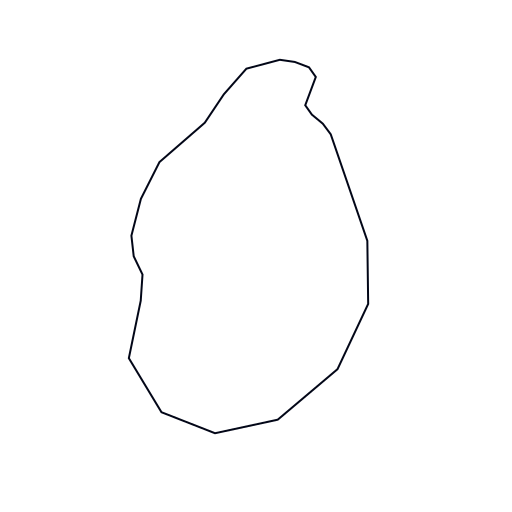 an SVG outline of Camiguin, rotated 218°
{"feature_id": "PHL-2590", "entity_name": "Camiguin", "entity_type": "Province", "adm_level": 1, "iso_a3": "PHL", "parent_name": "Philippines", "parent_adm1": "", "projection": "equal_earth", "projection_center": [124.749, 9.164], "detail": "fine", "context": "isolated", "style": "outline", "palette": "ink", "viewbox_px": 512, "rotation_deg": 218, "n_neighbors": 0, "source": "natural_earth", "source_scale": "10m", "svg_char_len": 463}
<svg xmlns="http://www.w3.org/2000/svg" viewBox="0 0 512 512"><g transform="rotate(218 256 256)"><path d="M352.2,180.5L366.7,195.3L381.9,230.2L389.9,270.6L378.4,329.5L380.9,363.6L378.9,397.7L358.0,425.3L344.9,432.8L330.4,437.3L319.1,433.9L310.0,405.1L299.0,401.8L284.8,401.4L272.0,397.9L177.6,336.5L138.1,287.3L122.1,217.0L138.1,140.4L179.2,91.1L234.3,74.7L293.3,97.2L319.3,149.8L334.0,171.5L352.2,180.5Z" fill="none" stroke="#020617" stroke-width="2"/></g></svg>